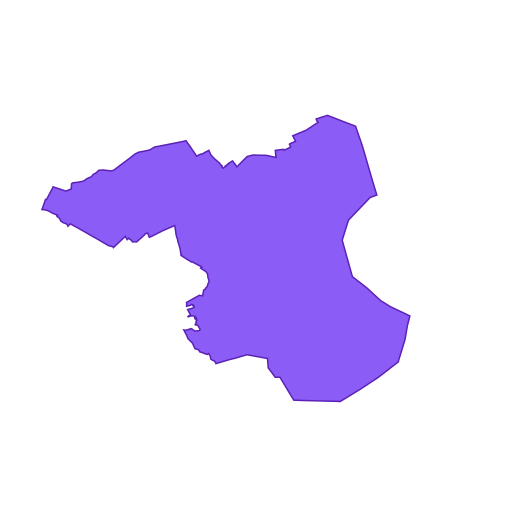 outline of Raalte, Overijssel, Netherlands, rotated 327°
{"feature_id": "6326949B71702819587140", "entity_name": "Raalte", "entity_type": "district", "adm_level": 2, "iso_a3": "NLD", "parent_name": "Netherlands", "parent_adm1": "Overijssel", "projection": "orthographic", "projection_center": [6.247, 52.387], "detail": "fine", "context": "isolated", "style": "filled", "palette": "violet", "viewbox_px": 512, "rotation_deg": 327, "n_neighbors": 0, "source": "geoboundaries", "source_scale": "gbopen_adm2", "svg_char_len": 5799}
<svg xmlns="http://www.w3.org/2000/svg" viewBox="0 0 512 512"><g transform="rotate(327 256 256)"><path d="M123.5,87.5L123.2,87.8L116.3,91.6L111.0,94.6L110.3,93.9L101.8,100.5L102.7,101.2L103.7,102.0L104.6,102.9L105.8,104.3L106.6,105.4L107.1,106.2L107.6,107.1L108.4,108.8L108.8,109.6L110.2,111.4L110.7,112.1L110.9,112.7L111.3,113.1L111.6,113.2L111.5,113.3L111.5,113.7L111.5,114.0L110.9,114.0L110.7,114.3L110.7,114.8L111.4,116.2L111.6,116.8L111.5,117.9L111.7,118.6L111.8,118.8L111.7,119.1L111.3,119.8L111.3,120.2L111.3,120.3L112.6,123.3L112.9,123.8L113.3,124.1L113.6,124.5L114.0,125.1L114.5,126.0L114.7,126.4L114.7,127.2L114.7,127.8L114.5,128.6L117.8,127.9L123.2,138.0L128.0,147.4L130.1,151.5L131.1,153.3L133.4,157.8L135.1,161.3L137.8,166.6L138.1,167.1L141.0,170.3L141.1,170.6L141.0,171.3L154.0,168.9L157.1,168.4L156.8,172.1L158.9,171.7L159.1,172.7L160.0,175.0L160.1,175.5L160.1,176.1L160.0,176.8L163.7,179.2L163.8,179.2L164.4,179.1L165.3,179.0L166.0,178.8L167.3,178.6L167.9,178.5L169.1,178.4L174.3,177.5L174.7,177.3L174.9,177.1L175.2,177.0L176.2,177.3L176.7,177.3L176.9,177.6L177.6,177.8L176.7,182.2L176.8,182.3L179.4,182.7L192.4,184.1L204.3,186.2L204.1,186.5L203.7,188.1L203.6,188.5L203.1,189.0L202.8,190.0L202.5,190.4L202.3,190.9L201.8,192.1L201.5,192.6L201.0,193.6L200.4,195.2L199.9,196.7L199.6,197.8L199.5,198.5L198.8,200.5L198.7,200.5L198.3,201.1L198.3,201.3L198.3,201.6L197.4,205.0L196.9,206.4L196.3,208.2L196.2,208.5L195.5,210.3L195.3,210.8L195.1,211.1L194.8,211.7L194.1,213.3L194.5,214.1L194.1,214.4L193.9,214.7L193.2,214.1L195.0,218.2L196.3,221.1L197.9,224.4L198.4,225.6L198.5,225.6L198.6,225.9L199.2,226.0L204.6,235.8L203.5,235.9L202.9,236.0L204.0,238.5L205.4,241.6L205.5,241.6L205.5,241.9L205.6,244.7L205.1,245.6L204.2,247.4L204.0,247.7L203.7,249.4L203.4,249.9L203.1,250.6L203.1,251.2L203.0,251.4L202.9,251.6L202.0,252.5L201.3,252.7L200.5,253.2L199.9,253.7L198.9,254.7L198.7,254.9L196.8,255.4L196.0,255.6L195.7,255.8L195.5,256.2L193.5,256.1L192.9,256.8L191.1,258.6L190.1,259.7L189.5,260.3L188.6,259.6L187.1,258.1L172.4,257.1L172.3,257.7L171.9,258.3L171.3,259.0L171.0,259.6L170.5,260.2L170.4,260.4L170.6,260.5L171.0,260.6L171.5,260.6L173.7,261.6L173.9,261.7L175.0,261.4L175.4,261.3L176.0,262.0L175.8,262.9L176.6,263.0L176.5,263.8L176.9,264.1L176.6,264.5L176.3,264.8L176.3,265.0L176.3,265.3L175.3,265.3L173.9,265.0L173.1,264.8L171.7,264.4L170.8,264.0L169.5,263.7L168.9,269.9L168.2,269.7L166.1,269.6L166.0,270.1L167.3,270.4L169.8,271.3L170.5,272.1L170.9,272.3L171.3,272.5L171.5,272.8L172.0,273.8L171.3,274.0L171.0,274.2L170.7,275.0L170.7,275.4L170.8,276.0L171.1,276.0L172.0,275.6L171.7,277.2L171.6,277.5L171.5,277.8L170.6,277.8L170.0,278.3L170.0,279.0L169.6,279.4L168.9,279.5L167.6,280.5L167.7,280.9L167.8,281.0L168.5,281.5L169.4,281.9L169.2,287.1L167.8,287.7L163.8,285.6L163.7,285.5L163.6,285.3L162.5,282.2L162.3,281.7L162.0,281.6L161.1,281.8L160.9,281.8L160.7,281.1L160.2,281.0L159.2,280.8L156.4,279.9L155.2,278.7L154.8,282.6L154.6,284.9L154.0,288.0L154.0,288.7L154.2,289.7L155.2,294.3L155.2,294.7L154.5,299.5L154.4,300.3L154.4,300.6L154.6,300.9L156.3,302.8L156.8,303.4L156.6,305.7L156.6,305.8L157.0,306.2L157.3,306.4L157.5,307.0L158.1,307.4L160.4,310.7L161.3,311.8L161.4,312.0L161.7,312.0L163.1,311.9L163.1,312.7L163.1,314.9L162.2,317.5L162.1,317.8L162.0,318.0L162.7,319.5L163.0,320.1L164.0,321.5L163.9,322.7L164.0,324.3L163.9,324.5L164.1,324.5L176.8,328.3L179.6,329.2L181.4,329.9L185.2,331.1L190.1,332.5L194.8,334.0L209.8,348.2L207.3,352.9L205.3,356.5L205.8,363.1L206.0,368.1L209.7,370.4L210.0,370.5L209.9,375.6L209.5,386.4L209.3,393.2L209.2,397.5L215.3,401.8L244.0,421.5L246.8,423.4L246.7,423.5L247.2,423.9L270.1,424.5L292.1,424.4L317.5,422.3L334.8,407.8L335.8,406.9L344.8,397.1L352.4,390.1L341.0,371.5L336.2,361.2L331.7,343.5L325.6,325.8L332.3,304.3L336.9,289.7L350.0,278.8L353.3,276.2L383.5,269.1L390.5,270.7L392.5,263.8L396.1,251.6L400.0,238.7L402.7,229.9L405.1,221.7L405.7,219.5L407.0,214.2L407.4,212.5L408.5,208.1L410.2,201.4L402.9,191.4L392.9,177.5L392.6,177.0L381.1,173.8L380.7,175.0L380.7,175.5L380.7,176.1L380.9,177.7L366.6,177.8L357.9,176.2L352.3,175.2L351.6,181.4L345.6,180.3L345.2,180.3L344.9,180.5L344.5,183.4L344.3,183.4L344.2,183.5L337.1,182.6L337.2,182.0L337.2,181.7L336.8,181.3L329.7,177.9L329.0,179.5L328.4,180.3L326.7,183.7L326.6,183.9L326.7,184.2L326.5,184.3L326.0,183.8L325.9,183.7L324.6,182.4L319.6,177.3L316.5,175.2L308.8,169.9L308.4,169.6L308.1,169.5L303.2,167.9L302.9,167.7L288.5,170.8L288.5,167.3L288.3,167.3L288.3,166.9L288.2,166.7L288.2,163.6L288.0,163.4L282.8,163.4L282.8,163.8L279.5,163.8L279.6,164.2L276.2,164.4L276.0,163.1L275.9,162.2L276.0,162.1L276.6,162.0L275.9,159.2L276.1,158.6L275.5,156.4L275.1,155.0L274.6,153.4L274.2,151.9L273.8,150.0L273.7,149.3L273.6,148.8L273.5,148.2L273.4,147.2L273.2,147.0L274.0,141.7L272.3,141.6L272.1,141.5L271.1,141.4L270.9,141.5L269.5,141.2L267.5,141.3L267.1,141.2L264.7,140.4L263.9,140.2L263.3,140.1L260.6,140.0L260.6,139.6L260.6,137.4L260.5,133.9L260.4,131.1L260.4,130.6L260.4,128.0L260.3,125.4L260.2,125.2L260.1,121.7L260.1,121.2L257.8,120.4L253.7,118.8L231.8,110.0L231.1,109.6L230.2,109.4L225.0,109.2L224.4,109.1L221.2,107.9L214.3,105.1L213.7,105.0L210.6,104.6L209.8,104.6L203.2,105.2L190.9,106.0L184.3,106.5L183.7,106.5L181.2,106.0L177.4,102.9L175.4,101.2L174.7,100.6L173.7,100.1L173.2,99.9L172.8,99.6L171.5,98.8L170.8,98.5L170.2,98.5L169.5,98.8L167.8,99.1L167.0,99.2L166.5,99.2L165.7,99.0L164.0,98.9L163.7,99.0L162.8,99.3L162.0,99.6L160.5,99.8L160.3,99.8L159.3,99.5L158.0,99.2L157.9,99.2L157.2,99.1L156.4,99.2L156.0,99.2L155.0,99.0L153.8,99.2L152.9,99.2L152.0,99.1L151.0,98.9L149.2,98.0L147.3,97.4L144.8,96.1L142.5,95.0L141.8,94.8L140.7,94.9L137.6,99.1L134.9,98.6L134.7,98.6L133.9,98.5L133.9,98.4L133.7,98.3L132.3,98.1L132.0,97.9L131.7,97.7L123.5,87.5Z" fill="#8b5cf6" stroke="#5b21b6" stroke-width="1.5"/></g></svg>